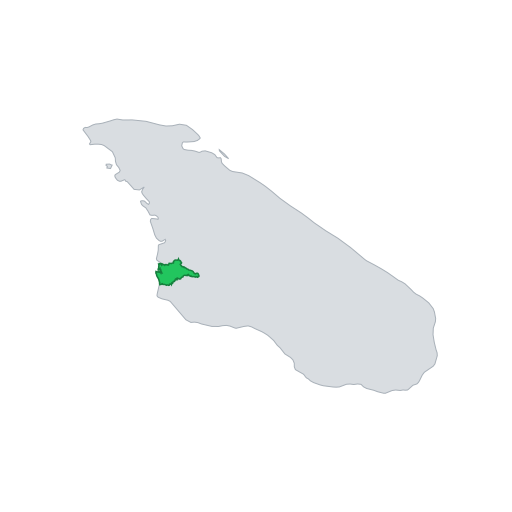 location of Soalala, Boeny, Madagascar, rotated 288°
{"feature_id": "10022922B91378939255033", "entity_name": "Soalala", "entity_type": "district", "adm_level": 2, "iso_a3": "MDG", "parent_name": "Madagascar", "parent_adm1": "Boeny", "projection": "mercator", "projection_center": [45.414, -16.649], "detail": "fine", "context": "in_parent", "style": "filled", "palette": "green", "viewbox_px": 512, "rotation_deg": 288, "n_neighbors": 0, "source": "geoboundaries", "source_scale": "gbopen_adm2", "svg_char_len": 8341}
<svg xmlns="http://www.w3.org/2000/svg" viewBox="0 0 512 512"><g transform="rotate(288 256 256)"><path d="M332.0,62.8L333.3,65.9L334.8,68.8L339.6,75.9L341.6,78.6L343.3,81.5L344.2,87.3L347.2,96.3L350.1,109.8L350.9,123.8L351.8,130.2L354.0,136.2L357.7,142.5L358.8,149.4L356.6,156.6L353.4,163.4L352.6,164.7L351.1,166.4L350.4,166.4L347.8,164.6L345.7,161.7L343.0,155.0L342.0,151.6L340.9,151.0L337.8,151.3L335.5,153.5L335.1,154.8L335.6,158.6L336.5,162.0L336.9,165.5L336.9,169.9L337.8,171.2L339.0,172.3L340.3,175.2L340.5,182.0L339.7,185.5L337.5,188.5L337.7,190.1L338.5,191.8L337.7,192.8L334.8,194.1L333.6,195.2L332.0,198.3L329.4,204.5L329.1,207.6L330.7,217.3L330.2,224.1L327.0,237.2L325.1,243.5L322.4,250.9L318.3,260.8L314.3,273.2L310.9,285.9L308.3,293.7L305.5,301.2L301.5,314.7L298.2,328.4L293.2,343.5L286.3,360.5L285.6,362.7L284.1,371.4L282.6,378.9L280.8,386.4L276.9,398.8L276.5,402.6L275.6,406.3L271.9,414.1L270.3,417.0L269.2,420.1L268.6,424.0L267.5,427.8L264.8,434.8L260.7,440.8L257.9,443.0L252.0,446.2L248.9,446.9L242.2,446.9L235.8,448.7L229.0,452.2L222.5,456.2L220.0,458.1L217.2,459.2L208.6,459.5L206.0,458.6L197.4,452.0L194.1,450.9L187.8,450.0L185.9,449.5L184.1,448.6L181.6,445.2L176.5,442.3L175.3,441.4L174.5,439.4L174.0,437.2L172.7,434.8L171.7,430.2L170.1,427.0L165.4,421.4L164.9,419.6L164.5,413.6L164.7,409.6L164.2,402.2L164.8,398.7L166.4,395.6L165.7,392.2L164.0,388.7L163.3,385.0L162.0,381.7L157.2,375.7L156.0,372.7L155.2,369.7L153.4,360.1L153.2,356.8L153.4,349.9L154.1,346.3L155.3,343.8L155.6,341.9L156.4,340.3L157.5,339.0L158.3,337.5L160.1,328.6L162.4,326.7L165.9,325.5L168.6,323.2L170.2,320.1L171.8,313.7L176.1,307.3L177.6,303.9L181.1,298.9L184.2,291.8L185.1,288.4L185.8,285.0L186.6,277.5L187.2,273.8L187.1,270.1L185.3,266.3L181.1,259.4L181.0,258.1L181.3,253.0L180.9,249.4L179.4,245.7L177.4,242.2L175.4,235.8L174.5,225.1L174.7,221.3L174.1,217.9L172.7,214.6L173.7,209.0L186.3,188.5L186.7,186.0L186.2,179.8L186.5,176.2L186.9,174.8L187.9,174.0L190.0,173.7L200.2,172.8L201.5,172.2L204.0,170.4L207.5,167.1L209.1,166.1L210.5,166.5L211.4,167.9L212.5,168.7L216.6,167.2L218.2,167.1L219.8,167.4L220.6,166.0L221.0,164.1L221.6,162.8L222.7,162.1L228.0,161.7L231.4,161.2L235.7,159.9L236.7,160.1L240.2,164.8L241.2,165.2L242.6,165.4L243.8,164.5L241.0,162.1L240.5,160.7L240.7,159.1L242.2,155.8L244.8,153.2L250.4,149.3L256.3,144.8L258.1,144.5L259.5,145.2L260.6,150.5L260.5,151.4L261.4,151.5L262.5,150.9L263.5,148.7L263.6,147.0L262.8,145.3L262.4,143.8L262.3,142.5L265.3,139.4L267.7,136.4L268.8,132.8L269.7,131.2L272.2,129.3L272.9,129.6L273.5,131.1L273.8,132.7L273.2,134.3L272.3,135.9L271.9,137.9L273.3,138.3L274.6,137.8L276.6,134.1L278.8,130.5L280.1,128.7L281.7,127.4L284.5,127.6L287.1,128.4L282.8,124.7L281.7,119.5L286.9,110.6L286.9,108.8L287.7,108.2L288.0,107.5L285.4,104.5L284.9,103.0L285.2,100.8L286.5,98.8L287.7,97.4L289.3,96.8L290.6,97.6L293.5,100.1L295.4,100.4L297.8,98.1L299.7,95.1L302.6,93.1L305.9,91.8L310.8,87.2L314.1,77.5L314.3,74.7L313.6,71.3L312.5,68.0L310.6,63.9L311.1,63.0L313.8,63.6L314.7,63.0L317.7,59.4L322.5,52.5L324.1,52.6L325.5,53.8L326.0,55.7L327.0,57.1L330.3,60.4L332.0,62.8ZM297.9,90.0L298.0,91.1L294.2,90.6L293.6,87.0L295.4,86.9L295.8,85.4L297.0,85.2L298.2,88.4L297.9,90.0ZM343.3,194.4L340.1,199.9L341.0,195.3L344.7,188.7L345.8,188.2L343.3,194.4Z" fill="#d9dde1" stroke="#a8b0b8" stroke-width="1"/><path d="M219.5,169.4L219.6,168.6L219.5,168.3L219.3,168.3L219.1,168.5L219.1,169.0L219.0,168.9L218.9,168.9L218.8,169.0L218.6,169.0L218.7,168.9L218.8,168.8L218.7,168.7L218.5,169.0L218.3,169.0L218.2,169.0L218.5,168.6L218.8,168.4L218.7,168.3L219.2,167.8L219.1,167.7L219.3,167.4L219.2,167.3L218.8,167.0L218.7,166.8L218.7,166.4L218.8,166.5L218.8,166.3L218.8,166.2L218.7,166.2L218.8,166.3L218.6,166.2L218.4,166.2L218.1,166.1L217.6,166.3L217.3,166.5L215.5,166.8L214.7,167.2L214.4,167.1L214.2,167.0L213.7,167.0L213.1,167.1L212.9,167.1L212.6,167.2L212.7,167.4L212.6,167.6L212.9,167.7L212.9,167.8L213.0,167.8L213.0,168.2L213.2,168.4L213.2,168.6L213.6,168.8L213.8,168.7L213.7,168.6L213.5,168.4L213.8,168.1L213.8,168.5L213.8,168.3L213.9,168.2L213.9,168.3L213.9,168.2L214.1,168.3L213.9,168.5L214.1,168.5L214.3,168.3L214.2,168.5L214.4,168.6L213.9,168.8L213.8,169.1L213.6,169.1L213.7,169.3L213.7,169.5L213.4,169.7L213.1,169.9L212.9,169.9L212.7,169.9L212.4,170.0L212.3,170.3L212.1,170.5L211.8,170.5L211.8,170.9L211.7,171.0L211.2,171.3L211.0,171.5L211.0,171.2L210.9,171.3L210.8,171.1L210.7,171.1L210.6,170.9L210.4,170.9L210.5,170.8L210.5,170.6L210.6,170.4L210.6,170.2L210.8,170.1L210.7,169.9L210.7,169.2L210.9,169.4L211.0,169.4L211.2,168.8L211.0,168.4L210.5,168.2L210.4,167.6L210.5,167.5L210.3,167.1L210.4,166.8L210.3,166.6L210.3,166.0L210.4,165.7L209.8,165.7L209.5,166.0L209.3,166.1L208.9,166.1L208.7,166.2L208.3,166.6L208.0,166.9L207.8,167.0L207.5,167.3L206.9,167.5L206.7,167.8L206.6,168.1L206.6,167.8L206.8,167.6L206.7,167.6L205.2,169.1L205.0,169.4L204.7,169.9L204.4,170.1L203.7,170.7L203.5,170.9L202.9,171.3L202.7,171.5L201.6,172.1L201.3,172.5L201.2,172.6L200.7,172.5L199.5,173.0L199.3,173.3L199.2,173.4L199.0,173.5L199.4,174.0L199.6,174.2L199.6,174.4L199.8,174.5L200.0,174.7L200.0,174.9L200.1,175.0L200.2,174.8L200.3,174.9L200.5,175.1L200.6,175.3L200.4,175.3L200.2,175.9L200.3,176.6L200.5,177.2L200.7,177.6L200.7,177.9L200.7,178.9L200.5,179.7L200.5,179.9L200.9,180.1L201.1,180.6L201.1,181.3L201.0,181.7L201.1,182.0L201.4,182.5L201.9,182.5L202.2,182.6L202.4,182.8L202.6,183.0L202.7,182.8L202.9,183.0L203.1,183.5L203.0,183.9L202.8,184.2L202.6,184.4L202.8,184.4L203.3,184.5L203.5,184.6L203.9,184.5L204.3,185.0L204.8,184.4L205.0,184.7L205.3,184.8L205.3,185.0L205.7,185.4L205.9,185.5L206.3,185.6L206.4,186.0L206.5,186.2L206.8,186.4L207.1,186.4L207.3,186.4L207.4,186.2L207.6,186.3L207.8,186.2L208.0,186.2L208.1,186.3L208.2,186.5L208.7,186.9L208.6,187.1L208.8,187.2L208.7,187.4L208.8,187.7L208.9,187.8L209.0,187.7L209.1,187.9L209.3,187.6L209.3,187.8L209.5,187.6L209.6,187.8L209.7,187.7L209.9,187.8L210.1,187.7L210.2,187.8L210.3,187.7L210.5,187.7L210.6,188.0L210.4,188.2L210.4,188.3L210.5,188.5L210.4,188.6L210.4,188.8L210.6,188.8L210.4,189.3L210.4,189.5L210.4,189.8L210.4,190.0L210.5,190.1L210.7,190.4L210.8,190.5L210.7,190.6L210.8,190.7L210.8,191.1L211.0,191.2L211.1,191.4L211.3,191.4L211.6,191.5L211.9,191.5L212.6,191.8L213.1,192.2L213.4,192.9L213.7,193.0L214.3,193.0L214.6,193.0L215.0,193.3L215.4,193.7L215.6,194.0L215.7,194.3L215.8,194.9L215.8,195.4L215.9,195.6L216.2,195.9L216.0,196.4L216.1,196.7L216.8,196.9L217.0,196.8L217.3,197.0L217.5,197.1L217.6,197.3L217.0,197.9L217.1,198.1L216.9,198.3L216.7,198.3L216.6,198.5L216.6,198.3L216.5,198.7L216.8,199.4L216.6,199.8L216.5,200.0L216.8,200.4L216.9,200.7L216.6,200.9L216.7,201.2L216.6,201.4L216.6,201.6L216.8,202.3L217.2,203.1L217.3,203.5L217.2,203.7L217.3,204.0L217.2,204.3L217.4,204.7L217.3,205.0L217.5,205.1L217.8,205.2L217.9,205.6L218.0,206.0L217.8,206.2L217.8,206.5L217.6,206.7L217.6,206.8L217.9,207.2L218.5,207.3L218.5,207.6L218.8,207.9L219.0,208.0L219.9,207.7L220.9,206.7L221.4,206.3L221.5,205.6L221.2,204.9L221.0,204.5L220.2,203.8L220.4,203.5L220.3,203.0L220.3,202.6L220.9,202.2L221.1,201.7L221.7,201.1L222.1,199.9L222.1,197.6L221.9,196.6L222.1,195.8L222.2,195.7L222.5,195.2L222.4,194.9L222.3,194.7L222.4,194.2L222.4,193.9L222.6,193.7L222.8,193.4L222.9,192.4L223.1,191.9L222.9,191.6L222.9,191.4L222.8,191.2L223.1,190.9L223.1,190.7L223.3,190.7L223.2,190.3L223.3,190.1L223.2,189.9L223.2,189.7L223.1,189.4L223.0,189.1L223.0,188.9L223.3,188.8L223.4,188.2L223.7,188.0L223.9,187.3L224.3,187.1L224.4,186.9L224.7,186.5L225.3,186.8L225.5,187.0L226.0,187.3L226.5,187.3L226.7,187.2L226.7,186.9L226.9,186.7L227.1,186.5L227.6,186.2L227.8,185.7L228.0,185.6L228.1,185.4L228.2,185.2L228.0,184.7L228.4,184.0L228.9,183.4L229.2,183.2L228.5,183.1L227.7,182.6L227.4,181.0L227.0,180.2L226.6,179.9L226.3,179.7L225.8,179.6L225.3,179.2L224.8,179.5L223.9,179.6L223.9,179.3L223.5,178.8L223.0,178.1L222.9,178.0L222.7,177.9L222.6,177.2L222.5,176.9L222.4,176.5L222.4,176.3L222.2,176.0L222.2,175.7L221.9,175.7L221.5,175.7L221.0,175.2L220.8,175.1L220.6,175.1L220.4,175.5L220.2,175.4L220.1,175.0L220.2,174.8L220.2,174.6L220.1,174.4L220.1,174.2L220.0,173.5L220.1,173.2L219.9,173.0L219.9,172.6L219.7,172.3L219.0,172.1L219.2,171.8L219.2,171.5L219.2,170.9L219.3,170.8L219.2,170.6L219.3,170.4L219.2,170.2L218.9,170.0L218.8,169.8L218.9,169.7L219.3,169.6L219.5,169.4Z" fill="#22c55e" stroke="#15803d" stroke-width="1.5"/></g></svg>